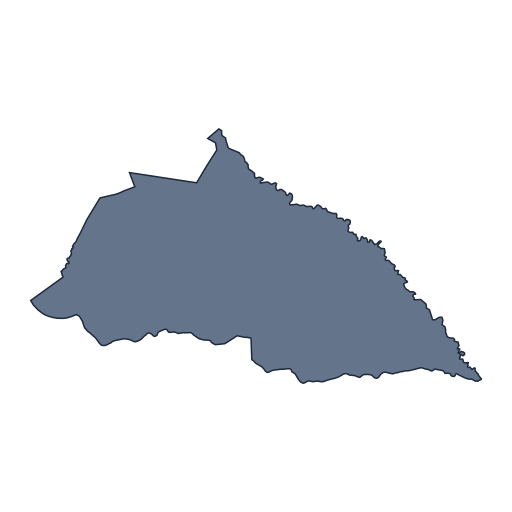 Beitbridge, Matabeleland South, Zimbabwe (orthographic projection)
{"feature_id": "62879985B95307090216295", "entity_name": "Beitbridge", "entity_type": "district", "adm_level": 2, "iso_a3": "ZWE", "parent_name": "Zimbabwe", "parent_adm1": "Matabeleland South", "projection": "orthographic", "projection_center": [30.386, -21.812], "detail": "fine", "context": "isolated", "style": "filled", "palette": "slate", "viewbox_px": 512, "rotation_deg": 0, "n_neighbors": 0, "source": "geoboundaries", "source_scale": "gbopen_adm2", "svg_char_len": 6062}
<svg xmlns="http://www.w3.org/2000/svg" viewBox="0 0 512 512"><path d="M444.8,326.6L442.0,324.8L442.9,320.3L442.0,317.4L441.2,317.1L439.0,317.4L435.2,319.7L433.0,319.9L432.4,319.1L429.5,309.9L426.5,308.1L426.0,304.0L420.7,299.5L414.4,299.8L414.0,299.3L414.3,298.5L414.2,298.1L413.1,296.7L412.9,295.6L413.8,294.3L415.5,294.2L415.5,293.7L415.1,293.0L413.2,291.7L410.0,291.8L407.7,289.9L406.5,289.4L405.3,288.1L404.3,286.3L403.7,284.2L404.1,283.5L405.7,282.6L407.0,282.3L407.4,281.8L406.9,281.0L405.0,279.8L405.4,278.8L405.2,278.2L404.5,277.8L402.8,277.4L400.2,274.5L398.1,274.5L397.9,274.3L397.8,273.8L398.5,270.7L397.8,270.5L395.5,270.8L394.7,270.0L394.1,267.6L395.0,266.9L395.2,266.3L394.3,264.9L392.6,264.2L390.4,262.4L389.3,261.0L388.7,260.5L388.2,260.3L385.9,260.5L385.5,260.0L385.3,259.5L385.4,258.7L386.2,257.7L386.3,257.2L385.9,256.6L384.6,256.2L384.3,255.8L384.3,255.0L385.2,252.5L384.7,251.0L384.6,249.2L384.4,248.8L382.9,248.4L381.8,248.8L380.7,248.2L379.5,247.1L378.3,246.8L377.9,246.4L377.8,245.8L378.4,244.7L379.7,243.0L380.8,242.1L381.1,241.5L380.9,241.1L379.9,241.0L378.8,241.6L377.1,243.6L374.5,244.5L371.8,240.4L370.1,239.8L369.4,241.8L368.9,242.2L368.1,242.3L367.6,241.8L367.5,240.2L366.3,238.1L365.2,237.9L364.0,238.4L362.4,236.8L362.0,236.6L361.3,237.1L361.0,238.7L360.2,240.3L359.2,240.8L358.1,240.9L357.3,240.2L357.9,238.7L357.8,238.1L356.1,236.3L356.1,234.9L355.9,234.3L353.7,234.3L353.2,233.0L352.5,232.3L350.5,232.4L349.3,232.1L348.4,231.5L348.1,230.8L348.0,229.9L348.9,227.6L348.3,226.6L348.3,225.4L348.5,224.9L349.6,224.4L350.1,223.6L350.3,221.4L349.9,220.4L349.2,219.8L346.7,219.4L346.0,219.7L345.3,220.8L344.7,221.0L343.7,220.6L343.3,219.3L342.0,218.3L340.2,218.2L337.6,218.5L337.2,218.3L336.7,217.2L336.8,214.6L336.1,213.5L332.6,213.4L329.6,212.2L328.3,212.0L327.2,211.0L326.2,208.8L325.6,208.3L324.0,208.8L322.6,208.7L322.1,208.4L320.6,206.4L318.2,205.0L317.1,205.2L314.7,207.9L313.9,208.7L313.2,208.8L311.9,206.7L311.0,206.3L306.2,206.5L303.8,205.1L299.6,205.5L297.0,204.2L295.6,204.2L294.1,204.8L293.2,204.6L290.4,204.9L289.7,204.3L289.5,203.4L289.7,202.7L291.7,200.6L292.2,199.4L292.5,196.6L291.9,194.4L290.9,193.5L289.8,193.1L289.2,193.5L287.7,195.3L287.1,195.4L286.2,194.8L285.6,192.8L285.0,191.9L281.6,189.5L279.9,189.5L278.4,190.5L277.1,190.3L276.2,189.0L275.7,186.6L276.6,183.8L275.6,182.9L274.2,183.1L272.1,184.1L271.4,184.2L270.3,183.9L268.6,182.4L267.1,182.0L260.4,183.0L260.3,181.8L260.6,181.1L262.8,179.9L263.2,178.9L259.9,177.3L258.7,177.3L257.2,177.9L255.3,177.9L254.6,176.4L254.5,173.3L251.3,170.6L249.5,169.7L248.5,168.7L248.0,165.9L248.2,164.8L247.1,163.7L246.8,162.6L245.4,162.0L244.8,161.2L244.6,159.7L243.5,156.6L242.5,155.7L241.1,155.0L239.2,152.7L229.3,148.6L228.1,147.5L226.2,141.4L225.5,138.0L222.2,135.7L221.7,134.5L221.6,130.6L218.9,128.9L207.7,138.5L215.5,142.8L216.8,150.0L206.8,165.7L196.6,182.8L129.5,172.6L134.8,186.8L123.4,191.1L120.2,192.7L115.3,194.4L100.0,197.9L86.8,219.7L80.6,232.5L77.2,238.8L76.0,241.7L73.7,244.1L72.6,246.5L73.1,246.6L72.7,248.5L71.9,248.7L71.7,250.1L70.8,250.9L71.3,252.2L71.3,254.7L70.6,255.1L70.4,256.2L69.5,256.9L69.4,257.9L67.5,258.3L67.0,258.9L67.0,259.8L67.4,260.8L69.0,262.1L69.1,263.2L68.5,263.7L67.4,263.3L66.7,263.6L65.5,265.8L65.9,267.7L63.7,268.9L62.7,269.9L62.2,270.9L61.4,271.0L61.1,271.5L61.8,273.0L62.1,275.2L63.0,276.2L63.2,277.0L30.7,300.5L33.5,305.1L38.2,310.1L43.0,313.7L45.8,315.2L49.6,316.6L52.9,317.5L57.1,318.2L62.9,318.4L67.1,317.9L71.6,316.5L76.6,314.5L77.2,315.2L78.5,315.6L79.8,316.9L82.2,320.8L84.6,327.8L87.7,331.3L90.0,333.0L95.8,338.2L99.6,343.5L101.4,345.2L102.5,345.4L103.9,345.6L105.4,345.4L107.9,344.4L109.3,343.4L110.7,343.0L112.4,341.5L115.2,340.5L123.8,338.8L128.1,339.2L131.8,340.4L132.4,340.9L134.8,341.8L136.9,341.4L139.1,340.5L141.2,339.2L144.2,336.2L146.3,334.6L146.4,334.2L148.3,333.0L149.4,333.0L151.6,334.1L153.5,336.0L155.0,336.4L156.9,335.3L158.0,332.7L158.7,331.8L165.0,329.2L166.7,329.5L167.2,330.0L168.3,331.9L169.3,332.4L173.8,332.0L175.5,332.3L178.3,333.5L183.1,332.7L185.3,332.8L190.7,332.6L192.8,333.9L193.2,334.7L199.0,338.7L203.8,340.0L208.8,340.2L210.5,340.9L211.8,342.7L215.2,344.7L224.8,343.7L237.2,335.8L244.7,337.3L246.7,337.3L251.0,338.1L251.8,359.7L253.4,360.7L255.9,363.4L261.7,366.7L264.0,369.1L265.4,371.2L267.1,372.4L268.6,372.3L271.9,370.6L274.3,370.0L277.6,369.7L280.2,369.2L282.8,369.3L288.3,368.7L290.5,369.0L291.3,369.9L291.8,371.7L295.3,374.0L297.9,378.6L299.5,380.8L300.4,381.8L302.7,383.1L304.0,383.1L307.8,381.1L308.8,380.9L312.8,381.7L317.3,381.1L321.9,381.8L324.7,381.3L325.5,380.8L330.7,379.2L334.4,378.4L338.7,376.9L343.8,373.9L345.2,373.6L347.5,373.9L349.1,375.0L354.7,375.6L359.0,377.3L360.4,377.1L362.4,375.2L363.9,374.6L367.2,374.4L370.3,374.7L371.9,375.3L374.5,377.8L376.6,378.3L378.5,377.4L380.9,374.1L383.3,372.4L385.5,372.2L391.1,373.6L393.2,373.8L395.2,373.0L397.8,372.7L398.4,372.3L400.7,371.7L402.7,371.6L404.4,370.9L408.1,370.8L410.4,370.4L420.6,367.8L422.3,367.9L425.2,369.0L427.6,369.3L431.5,371.0L432.1,370.9L434.9,369.1L442.2,370.5L443.7,371.2L445.0,373.4L448.0,373.2L450.3,373.7L451.0,375.6L452.9,376.5L454.5,376.3L455.3,375.3L455.7,374.1L456.2,373.7L456.7,373.7L458.5,374.8L464.7,377.8L467.8,378.9L472.0,379.3L475.6,381.2L478.0,381.2L478.3,380.7L481.3,379.4L481.3,378.9L478.5,375.3L478.1,373.9L477.1,373.1L475.4,371.0L475.0,370.0L475.2,368.7L475.0,368.2L474.2,367.9L472.5,369.1L471.6,369.2L470.0,367.1L468.8,367.5L467.9,367.2L467.5,366.6L468.1,365.5L467.5,363.9L468.3,363.1L468.3,362.7L467.3,362.6L465.6,362.9L464.2,362.7L463.5,362.0L462.8,359.2L462.0,359.0L460.6,359.4L459.6,358.9L459.5,358.6L460.1,357.5L459.8,357.3L460.4,355.5L460.3,354.8L461.4,354.8L462.5,355.7L463.7,355.5L464.2,354.6L464.7,354.2L464.3,352.7L463.4,352.1L461.2,351.4L459.7,352.7L459.6,353.3L459.2,353.5L458.1,352.8L459.7,349.6L459.7,349.0L459.1,348.8L457.4,348.8L458.3,346.4L459.0,345.7L458.0,342.1L457.8,341.8L456.5,341.9L454.2,341.0L454.6,339.8L453.8,338.5L453.2,338.1L450.8,338.0L448.8,337.6L447.1,336.5L445.6,332.1L445.6,329.4L444.8,326.6Z" fill="#64748b" stroke="#1e293b" stroke-width="1.5"/></svg>